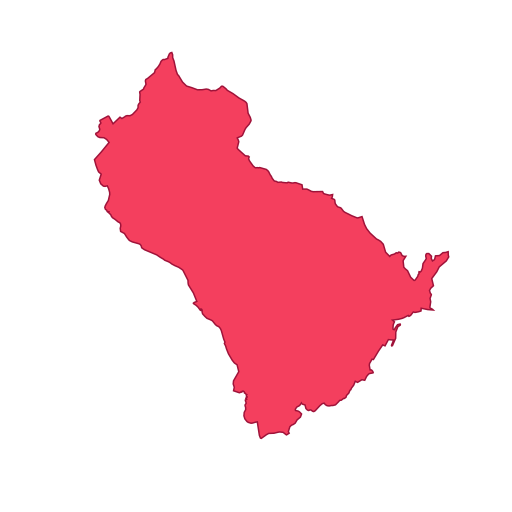 Neaua, Mures, Romania (Equal Earth projection), rotated 105°
{"feature_id": "2599482B91391358994256", "entity_name": "Neaua", "entity_type": "district", "adm_level": 2, "iso_a3": "ROU", "parent_name": "Romania", "parent_adm1": "Mures", "projection": "equal_earth", "projection_center": [24.842, 46.484], "detail": "fine", "context": "isolated", "style": "filled", "palette": "rose", "viewbox_px": 512, "rotation_deg": 105, "n_neighbors": 0, "source": "geoboundaries", "source_scale": "gbopen_adm2", "svg_char_len": 6092}
<svg xmlns="http://www.w3.org/2000/svg" viewBox="0 0 512 512"><g transform="rotate(105 256 256)"><path d="M204.7,437.0L209.7,434.1L213.4,431.5L215.5,429.8L217.0,426.7L223.3,427.0L226.5,424.6L228.0,421.5L227.8,419.8L226.7,417.8L229.1,415.8L232.3,413.9L234.4,413.2L240.6,413.0L243.9,414.0L246.7,414.6L248.3,414.6L249.9,413.5L250.4,412.1L251.5,411.3L251.8,410.8L251.3,409.8L251.3,409.6L252.1,409.9L253.7,407.0L255.2,405.8L256.2,404.4L257.0,401.9L258.8,397.9L259.0,396.3L260.1,395.1L261.9,394.4L264.5,394.3L267.3,393.1L268.3,388.9L271.1,385.9L273.4,382.9L273.8,382.1L274.4,379.2L274.5,372.1L274.8,370.8L276.0,369.4L276.8,369.1L277.7,368.4L278.8,365.3L280.6,352.2L282.0,348.2L283.0,344.6L283.7,343.1L284.2,339.1L284.6,337.4L285.5,335.3L286.3,331.9L286.9,327.7L288.4,323.4L288.8,322.8L297.1,315.4L299.7,314.6L301.4,313.8L307.9,306.9L315.2,301.4L316.8,303.6L317.8,304.3L318.2,303.9L319.1,301.1L320.5,298.6L322.7,295.9L322.8,295.4L321.5,295.6L321.4,295.2L321.6,294.6L322.2,294.1L324.6,293.3L325.7,292.6L327.6,289.7L328.9,287.2L329.4,283.4L329.9,281.3L332.8,277.4L333.6,275.6L333.8,273.8L335.2,271.7L337.0,270.2L344.6,265.7L347.2,263.7L348.7,263.9L350.7,262.1L353.3,260.5L357.6,257.3L362.9,251.9L364.9,249.2L366.0,246.1L372.2,242.7L382.4,245.4L385.5,244.9L388.4,243.0L392.0,242.8L392.4,236.7L392.1,236.1L391.4,235.6L391.2,234.5L390.2,234.3L389.8,233.4L390.2,232.2L391.2,231.8L391.4,231.4L391.3,230.9L392.2,229.8L392.3,229.0L393.4,229.2L393.9,229.0L394.4,228.7L394.3,228.2L394.9,228.1L395.4,228.5L395.6,228.9L396.2,229.0L396.6,228.7L396.6,228.1L396.9,227.9L397.8,229.0L398.6,228.8L399.4,228.1L400.8,227.4L402.6,228.0L403.5,227.8L404.8,226.9L407.0,226.2L410.1,226.9L413.5,226.3L416.2,224.6L418.2,221.9L418.7,220.5L418.8,217.5L418.2,216.0L416.6,213.4L415.9,211.8L428.4,206.3L430.7,204.6L430.8,203.7L425.7,199.5L424.1,197.8L422.5,192.7L420.3,188.7L419.8,187.4L419.3,184.2L420.8,180.7L420.9,180.2L418.6,178.1L417.2,179.3L412.1,179.1L410.4,178.0L409.5,177.0L409.1,176.4L407.3,174.9L403.7,173.9L400.1,171.4L396.8,171.1L395.4,173.5L395.0,174.7L394.9,175.4L395.0,177.8L394.7,178.1L394.1,178.3L393.1,178.2L390.9,177.2L390.0,176.0L389.0,175.1L386.2,174.1L386.7,173.7L387.1,172.7L387.2,170.1L390.4,168.3L391.4,166.6L391.6,165.7L391.6,165.1L390.6,163.9L390.6,163.0L391.3,161.1L391.4,160.3L391.2,159.8L390.2,158.8L383.9,155.5L381.5,153.8L380.5,152.1L381.6,150.6L382.0,149.4L382.2,148.5L381.9,146.5L380.9,144.5L380.5,143.0L379.2,140.7L375.0,138.3L373.9,137.9L373.2,136.3L370.9,134.5L370.7,133.7L369.1,132.5L367.3,132.5L364.5,130.9L361.4,130.5L360.6,129.8L358.9,129.6L355.5,128.2L351.3,127.7L351.8,125.2L348.1,121.7L347.9,118.8L343.7,118.0L340.9,116.7L340.1,115.8L338.6,112.7L338.3,112.6L337.2,113.4L336.3,114.7L336.2,115.3L336.5,116.3L332.2,118.3L330.5,118.5L325.6,117.2L325.6,115.8L315.9,113.0L309.1,110.6L309.4,108.1L302.5,106.5L301.6,101.5L303.0,101.5L307.2,102.0L307.7,101.6L307.3,101.0L299.3,99.8L293.2,101.3L287.6,100.7L285.5,98.8L284.9,98.8L284.4,99.2L285.7,101.5L289.9,103.1L290.9,103.0L291.4,103.3L291.3,104.6L290.0,105.1L287.2,105.6L285.3,105.5L283.8,105.2L282.6,107.6L280.2,101.9L278.5,98.8L277.4,97.3L274.0,93.6L274.7,92.7L274.5,92.4L273.4,91.3L269.4,89.6L269.3,89.3L269.4,87.9L267.7,84.4L266.4,82.4L263.7,82.9L263.3,76.3L262.3,70.8L261.8,71.7L261.1,74.5L260.5,74.8L255.0,75.4L252.0,76.9L248.0,76.6L247.4,77.1L246.8,78.0L244.4,79.5L242.0,78.9L238.8,76.9L232.3,80.4L224.4,77.3L219.1,76.2L211.5,70.9L207.0,69.6L205.4,70.5L202.1,71.5L203.5,73.8L204.4,76.3L208.1,78.9L209.4,82.7L212.8,82.6L213.8,83.0L215.1,84.3L212.9,86.1L210.8,86.4L208.9,89.7L209.4,91.6L210.3,92.2L211.3,92.2L212.7,91.8L214.2,90.9L215.5,91.1L220.1,92.7L224.8,92.1L227.8,92.5L229.0,93.3L228.9,94.4L229.3,94.5L231.0,93.9L231.8,94.5L233.8,94.5L237.7,95.9L238.5,96.4L238.7,97.1L236.5,101.1L231.0,105.8L229.8,108.4L228.6,110.3L223.0,112.5L222.1,112.6L217.5,111.2L218.1,113.0L217.7,115.0L215.4,117.1L215.2,117.9L215.3,119.2L216.5,119.9L216.6,121.4L218.2,122.7L219.9,125.5L220.6,126.2L221.8,126.7L218.8,131.8L211.7,136.1L209.6,139.4L208.8,142.0L208.4,144.0L204.3,151.8L201.0,156.2L197.5,159.3L190.5,163.8L192.8,167.4L193.0,168.4L192.3,174.0L190.8,181.4L190.2,183.0L187.8,186.1L187.5,187.0L187.4,189.4L187.1,190.3L185.1,192.8L184.1,193.4L181.6,194.4L181.1,195.1L180.7,197.9L179.2,197.6L176.8,197.9L178.2,200.6L178.3,202.3L178.3,205.8L178.1,207.0L176.5,208.4L179.1,217.4L179.2,219.4L178.5,222.3L178.2,224.2L179.3,228.2L175.3,230.0L174.9,236.4L175.1,237.5L175.9,239.1L176.2,240.2L176.4,244.1L177.1,244.6L177.4,245.4L178.1,249.5L178.0,250.7L179.2,253.9L178.7,255.5L178.8,257.6L178.5,258.2L176.7,260.5L175.1,261.8L173.8,263.4L171.4,265.5L170.5,266.7L169.7,268.5L169.6,275.3L170.2,276.4L170.3,277.7L170.9,279.1L170.9,279.6L170.7,280.2L169.6,282.3L165.9,286.8L164.2,288.2L162.9,288.4L162.1,288.2L161.5,289.3L162.0,292.3L157.7,300.7L156.9,301.9L156.6,302.1L150.1,302.2L148.6,303.1L147.0,304.6L146.7,304.7L144.0,301.1L142.7,300.3L136.6,299.4L134.6,298.8L130.4,296.7L127.1,295.9L126.1,295.9L123.6,297.4L120.1,300.6L111.2,304.2L110.2,305.3L109.4,307.0L107.7,313.6L105.1,320.3L103.4,326.6L102.4,328.0L101.4,330.1L100.6,332.1L100.7,332.5L101.0,333.3L103.1,334.4L106.6,337.6L107.2,340.2L108.0,341.8L108.1,342.4L107.4,345.0L107.6,347.2L109.3,351.0L110.6,355.5L110.0,361.7L109.8,367.1L107.0,372.0L101.7,377.5L101.0,378.8L97.4,381.3L88.9,385.7L86.0,387.8L83.2,388.6L81.2,390.0L82.0,391.3L83.2,392.0L86.7,392.5L87.9,392.3L90.0,395.3L90.2,396.5L91.0,397.2L92.5,398.1L95.4,398.5L98.3,399.4L101.2,400.8L102.0,401.5L105.2,401.5L112.6,406.7L114.0,408.1L114.9,408.2L115.7,408.1L118.6,406.7L119.6,406.9L122.6,407.8L123.8,407.8L127.1,410.6L127.7,410.8L130.0,409.8L136.0,408.5L137.3,407.6L139.2,408.5L140.9,408.9L143.3,408.3L145.7,408.9L151.3,412.0L153.1,414.0L153.8,416.9L154.7,418.3L155.4,418.7L157.9,421.1L157.1,423.3L165.3,428.3L159.6,433.8L159.1,434.4L159.1,435.1L165.3,441.7L165.9,441.8L167.4,440.4L168.1,440.3L169.7,441.2L171.6,441.2L174.0,439.7L174.9,439.7L176.4,440.1L177.7,441.0L178.9,442.4L179.7,442.4L180.3,441.9L181.7,439.6L182.0,437.6L181.1,433.4L182.1,430.4L184.3,427.3L195.6,432.4L204.7,437.0Z" fill="#f43f5e" stroke="#9f1239" stroke-width="1.5"/></g></svg>